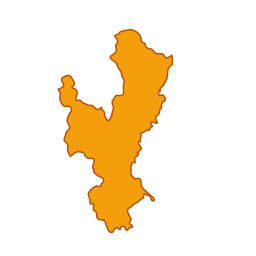 outline of Hamgyŏng-namdo, rotated 323°
{"feature_id": "PRK-3311", "entity_name": "Hamgyŏng-namdo", "entity_type": "Province", "adm_level": 1, "iso_a3": "PRK", "parent_name": "North Korea", "parent_adm1": "", "projection": "orthographic", "projection_center": [127.614, 40.189], "detail": "fine", "context": "isolated", "style": "filled", "palette": "amber", "viewbox_px": 256, "rotation_deg": 323, "n_neighbors": 0, "source": "natural_earth", "source_scale": "10m", "svg_char_len": 5764}
<svg xmlns="http://www.w3.org/2000/svg" viewBox="0 0 256 256"><g transform="rotate(323 128 128)"><path d="M206.7,96.3L206.4,96.9L206.2,97.8L204.0,100.8L201.6,104.0L198.7,103.9L195.3,105.1L190.5,110.3L188.1,112.5L186.2,112.9L185.1,114.0L183.1,114.7L182.0,114.7L181.3,115.7L179.4,115.4L177.2,116.1L176.1,117.8L175.3,117.8L175.2,117.0L174.0,117.6L172.9,118.9L172.8,121.1L173.6,121.5L175.3,122.2L175.6,123.0L176.1,123.6L175.7,124.8L175.9,126.8L175.0,127.2L173.7,128.6L173.2,128.6L172.3,128.2L171.1,128.1L170.4,128.6L168.2,129.8L167.8,131.1L167.3,131.7L166.2,132.4L164.3,132.5L162.3,134.6L161.4,135.1L159.9,135.7L158.7,135.4L157.0,135.7L155.3,138.2L154.7,141.4L153.1,141.0L151.6,138.3L150.6,137.4L148.9,138.1L148.3,139.1L148.8,141.3L148.2,141.5L146.8,141.3L146.2,141.4L145.5,141.6L144.3,142.3L143.7,142.5L143.2,142.3L142.7,141.5L134.3,140.1L134.0,140.5L134.0,141.7L133.8,142.2L133.3,142.6L132.6,143.0L132.0,143.1L131.6,143.5L130.6,145.4L130.1,146.0L129.5,146.2L128.0,145.2L127.0,147.1L127.0,148.5L126.6,152.0L126.0,152.8L120.1,153.4L121.0,154.2L120.9,155.0L118.8,156.0L116.6,155.7L114.6,156.5L113.6,159.1L112.5,159.9L111.6,158.7L110.0,157.9L109.0,159.6L108.1,160.0L107.0,160.8L106.1,161.8L105.3,163.7L103.5,164.9L103.1,165.6L102.9,166.2L102.4,167.5L102.2,168.2L102.2,168.9L102.5,170.1L102.7,172.1L102.9,172.9L103.3,173.3L103.9,173.3L105.5,174.0L106.6,175.6L106.9,177.5L104.5,181.0L103.4,184.5L104.4,190.0L106.1,198.3L106.1,200.6L105.6,201.4L104.9,201.7L104.1,201.5L103.5,200.6L103.4,199.5L103.8,198.2L104.8,196.0L102.6,192.9L102.4,191.7L101.8,190.8L101.0,190.5L100.2,191.1L98.3,193.0L98.1,193.2L97.3,192.8L96.8,192.7L96.4,192.7L95.9,192.8L94.3,192.7L91.2,193.1L88.1,192.5L85.9,192.4L82.7,192.9L80.4,192.5L79.9,192.5L79.5,192.6L79.0,192.9L78.5,193.2L77.9,193.8L77.4,194.3L77.1,194.9L76.9,195.6L76.5,198.2L76.1,200.0L76.0,201.6L75.8,202.2L75.5,202.7L74.8,203.3L74.3,203.6L72.4,204.1L72.0,204.6L71.9,205.3L72.1,206.6L72.5,208.0L72.5,208.5L72.4,209.1L71.6,209.7L70.2,209.0L69.6,208.8L68.7,208.7L66.8,209.1L66.4,209.1L65.9,209.0L65.5,208.7L65.1,208.4L65.1,207.9L65.5,206.3L65.6,205.7L65.5,205.1L65.3,204.2L65.0,203.6L64.6,203.2L64.2,203.0L63.7,202.8L63.2,202.8L62.8,202.8L62.3,203.0L61.9,203.2L61.2,204.0L60.8,204.2L60.4,204.2L60.2,203.9L60.0,203.4L59.8,202.5L59.5,201.7L59.2,201.3L58.9,201.0L58.4,200.7L57.9,200.5L57.0,200.5L56.5,200.6L56.1,200.7L54.0,201.7L53.2,201.8L52.7,201.8L52.3,201.6L51.8,201.3L51.4,200.9L50.8,199.9L50.7,199.5L50.7,198.5L50.9,197.1L52.3,191.7L53.3,189.1L53.4,188.6L53.4,188.0L53.1,187.1L52.7,186.6L50.3,184.3L49.7,183.5L49.4,183.0L49.3,182.6L49.3,181.9L49.4,181.1L50.0,179.6L50.5,178.8L50.9,178.2L51.3,177.9L51.7,177.4L51.9,176.8L51.9,175.8L51.9,175.2L51.8,174.7L51.3,173.4L51.2,172.8L51.4,172.2L51.8,171.4L54.3,168.7L54.5,168.4L54.6,167.9L54.4,167.4L54.2,167.1L52.9,166.8L52.6,166.6L52.4,166.1L52.5,165.4L53.4,163.7L54.5,162.1L54.7,161.7L54.9,161.2L55.8,158.2L56.1,157.5L56.5,156.9L56.9,156.6L57.8,156.0L58.6,155.7L62.2,154.8L66.2,154.9L67.2,155.1L68.1,155.4L68.4,155.6L68.8,156.0L69.9,157.8L70.2,158.1L70.5,158.2L70.9,158.2L71.3,158.0L71.7,157.7L72.2,157.0L72.6,156.7L73.1,156.6L75.6,156.4L76.0,156.2L76.4,155.9L76.9,155.1L77.3,154.3L77.5,153.8L77.5,153.3L77.5,152.4L77.2,151.7L75.3,148.2L75.1,147.4L74.3,144.2L74.1,143.1L74.1,142.6L74.2,142.2L74.4,141.8L75.3,141.5L75.7,141.3L75.9,140.9L75.9,140.3L75.7,139.5L75.7,138.9L75.9,138.4L76.1,138.0L80.8,134.3L81.4,133.4L81.6,133.0L81.8,132.6L81.8,131.6L81.5,131.0L80.9,130.4L78.5,128.9L77.9,128.3L77.5,127.5L77.3,126.3L77.0,124.0L77.2,123.3L77.6,122.5L77.7,122.0L77.7,121.6L77.7,121.2L77.5,120.7L77.2,120.2L74.2,117.2L73.7,116.8L72.8,116.4L71.7,116.0L70.8,115.9L65.1,116.0L65.1,114.9L65.2,113.3L65.5,111.8L65.9,110.5L67.1,108.5L68.6,106.9L69.8,105.1L69.8,102.8L69.5,99.8L70.3,98.4L71.8,97.5L73.7,96.2L74.7,95.3L75.6,94.6L76.5,94.1L77.6,93.7L80.4,93.4L81.2,93.0L82.4,91.1L83.3,86.2L84.7,84.4L89.6,81.4L92.3,80.6L93.1,80.1L93.7,79.4L94.3,78.5L94.6,77.4L94.5,75.7L93.7,74.7L91.3,73.6L90.0,71.7L89.7,68.8L90.2,65.9L91.2,63.7L94.3,60.2L95.2,58.2L95.5,55.1L98.1,55.7L100.7,55.9L101.9,55.5L102.6,54.5L103.0,53.1L103.3,51.5L104.3,49.0L105.9,48.3L110.1,49.2L112.4,50.3L113.2,52.4L113.1,55.1L112.7,58.2L112.4,59.4L112.0,60.3L111.3,61.0L110.3,61.3L108.5,61.4L107.6,61.9L107.9,62.9L109.4,65.4L109.6,67.5L108.6,69.4L104.7,72.5L103.9,73.3L103.4,74.3L103.5,75.3L104.3,75.7L105.4,76.0L106.3,76.8L106.7,77.9L107.0,80.1L107.3,81.1L109.9,85.6L110.6,86.6L111.2,87.1L112.0,87.5L112.7,88.1L113.3,89.3L113.7,92.4L114.0,93.7L114.5,94.5L115.1,95.0L115.8,95.3L116.5,95.4L118.5,95.5L119.3,95.8L118.9,96.7L118.3,97.7L118.3,98.5L118.5,99.4L118.7,100.6L118.5,101.7L118.1,102.4L117.0,103.8L116.4,104.8L116.2,105.8L116.2,108.0L116.3,109.6L116.7,110.4L117.4,110.6L118.5,110.3L122.6,108.0L128.3,103.3L129.2,102.2L129.7,101.0L130.1,99.7L130.5,98.5L131.1,97.6L132.0,96.9L136.9,95.1L137.8,95.0L138.8,95.2L139.5,95.9L141.2,97.4L143.0,98.3L144.8,98.0L146.4,96.4L148.9,92.5L149.8,91.4L152.7,88.8L153.5,87.8L153.8,86.8L154.1,83.6L154.4,82.6L155.4,80.9L155.8,80.0L156.2,78.5L156.3,77.1L156.5,74.1L156.7,72.7L157.5,69.9L157.6,68.5L157.1,66.3L156.3,63.7L156.0,61.5L157.0,60.3L159.0,60.2L161.3,60.3L163.5,60.2L165.3,59.3L166.0,58.2L167.2,55.9L167.8,54.8L168.9,54.1L171.4,53.2L172.2,52.3L172.4,51.3L172.6,49.9L172.7,48.5L172.6,47.4L172.8,46.4L173.7,46.3L176.4,47.1L177.1,47.1L178.6,46.6L179.5,46.5L180.5,46.7L187.0,49.7L189.4,51.1L191.2,53.1L192.8,57.1L193.2,59.2L193.3,61.4L193.0,62.9L191.6,65.4L191.0,66.7L191.1,68.1L191.9,69.5L192.4,70.8L192.1,71.9L191.3,73.1L191.1,74.4L191.6,75.7L192.4,77.0L193.6,78.4L194.1,79.2L194.5,80.1L194.6,81.2L194.7,83.3L194.9,84.3L195.7,85.8L196.9,87.0L199.5,89.0L200.5,90.3L200.5,91.4L200.3,92.6L200.5,94.1L201.2,95.2L202.3,95.8L203.4,96.1L206.7,96.3Z" fill="#f59e0b" stroke="#b45309" stroke-width="1.5"/></g></svg>